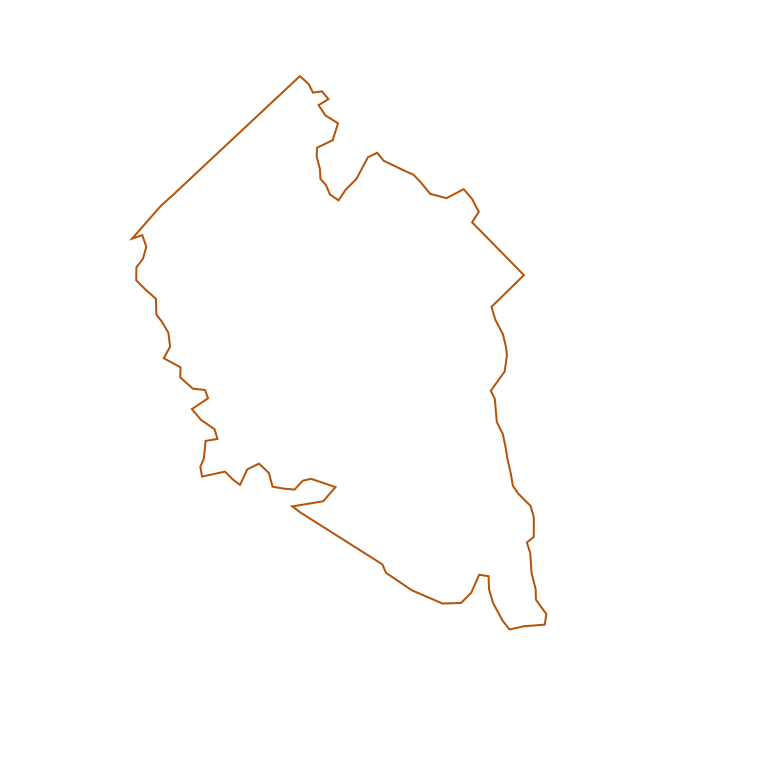 the district of Cruzaltense, Rio Grande do Sul, Brazil, rotated 225°
{"feature_id": "56859067B1237322992297", "entity_name": "Cruzaltense", "entity_type": "district", "adm_level": 2, "iso_a3": "BRA", "parent_name": "Brazil", "parent_adm1": "Rio Grande do Sul", "projection": "albers", "projection_center": [-52.651, -27.628], "detail": "fine", "context": "isolated", "style": "outline", "palette": "amber", "viewbox_px": 768, "rotation_deg": 225, "n_neighbors": 0, "source": "geoboundaries", "source_scale": "gbopen_adm2", "svg_char_len": 1582}
<svg xmlns="http://www.w3.org/2000/svg" viewBox="0 0 768 768"><g transform="rotate(225 384 384)"><path d="M624.7,546.1L634.8,547.1L640.3,539.8L649.3,542.8L661.2,542.2L667.0,365.8L667.8,352.4L664.9,308.7L660.2,318.3L649.1,313.0L643.1,302.3L641.5,291.3L632.5,282.1L618.7,282.1L605.6,283.0L594.2,272.2L585.2,271.0L572.8,267.8L561.7,259.2L557.9,246.5L539.6,251.9L532.8,244.6L515.9,245.5L506.4,253.2L498.3,249.5L502.1,230.4L488.1,229.2L471.9,232.2L462.9,227.4L469.9,217.6L458.6,203.8L455.3,195.5L447.2,189.9L434.5,209.6L423.4,209.6L414.5,210.9L420.3,227.0L416.1,239.3L402.5,239.7L390.2,232.6L381.1,239.0L372.6,246.1L373.1,258.1L368.5,265.4L345.4,276.8L344.1,258.1L362.3,232.6L351.9,234.1L257.6,255.3L249.2,251.9L218.5,257.8L187.4,270.1L174.7,283.6L174.7,298.0L181.8,316.4L174.2,322.0L164.4,313.0L152.1,306.3L132.9,300.5L121.7,299.2L113.8,311.6L100.2,327.5L106.5,336.1L116.0,337.6L124.1,338.9L131.7,346.2L146.2,354.8L153.8,361.5L161.1,367.9L170.9,372.9L169.9,381.7L183.7,395.6L194.0,401.4L211.7,401.4L221.0,403.2L230.5,410.0L243.6,418.2L253.4,425.3L264.5,432.6L277.4,436.9L295.2,451.9L303.7,454.7L307.5,478.1L317.3,491.2L324.1,496.5L334.9,503.2L350.6,508.1L362.6,514.6L362.4,525.3L362.1,559.9L421.6,560.5L436.0,560.5L438.7,572.8L452.6,577.1L465.4,578.1L471.3,559.5L485.9,551.1L500.3,552.6L511.5,552.8L518.8,549.8L542.1,541.6L552.3,542.7L555.7,533.0L551.9,520.6L548.5,509.4L548.5,494.0L546.0,481.7L556.3,479.8L565.5,483.6L574.0,484.1L581.3,490.7L592.7,497.4L598.4,503.8L592.7,520.1L600.8,535.8L615.3,532.5L627.5,534.9L624.7,546.1Z" fill="none" stroke="#b45309" stroke-width="2"/></g></svg>